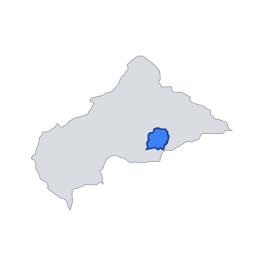 location of Bakouma, Mbomou, Central African Republic, rotated 348°
{"feature_id": "33826404B59000496677715", "entity_name": "Bakouma", "entity_type": "district", "adm_level": 2, "iso_a3": "CAF", "parent_name": "Central African Republic", "parent_adm1": "Mbomou", "projection": "mercator", "projection_center": [22.809, 5.544], "detail": "fine", "context": "in_parent", "style": "filled", "palette": "blue", "viewbox_px": 256, "rotation_deg": 348, "n_neighbors": 0, "source": "geoboundaries", "source_scale": "gbopen_adm2", "svg_char_len": 5597}
<svg xmlns="http://www.w3.org/2000/svg" viewBox="0 0 256 256"><g transform="rotate(348 128 128)"><path d="M176.6,96.1L178.9,96.7L179.3,97.4L178.6,99.7L179.1,101.1L180.4,102.3L181.7,102.9L182.9,103.2L187.3,103.9L189.1,104.8L191.5,107.5L194.5,109.9L195.2,111.2L195.1,112.4L194.2,113.9L194.3,114.4L195.7,115.9L197.3,117.4L200.2,119.0L205.2,121.6L207.4,123.3L208.2,124.6L209.5,126.0L211.3,127.3L212.5,128.3L211.7,131.1L211.9,132.0L212.4,132.8L213.4,133.9L213.8,135.3L214.9,137.1L216.1,137.9L218.1,138.2L219.2,139.0L221.5,140.5L223.7,141.7L224.6,142.5L225.2,143.3L225.7,144.1L225.9,145.0L226.0,146.9L226.4,149.3L227.6,150.9L228.7,152.1L224.2,150.7L223.5,150.7L222.7,150.9L220.4,152.6L219.6,152.8L216.7,152.5L209.6,151.1L204.1,149.8L202.4,149.4L199.5,148.9L197.6,149.8L195.8,152.8L195.2,153.4L192.4,154.3L191.0,154.0L187.7,154.9L182.6,153.6L180.8,153.9L179.4,154.5L175.7,155.9L173.5,156.6L170.9,157.3L168.4,158.4L166.8,159.0L165.2,159.0L163.7,158.4L162.1,157.9L160.2,157.8L158.2,158.1L156.5,159.3L155.8,160.1L154.4,162.4L152.6,166.1L152.0,166.9L151.4,167.2L143.4,165.4L139.9,165.0L137.6,165.5L134.7,164.5L133.4,164.3L132.9,164.6L131.2,164.2L128.6,162.9L126.1,162.4L123.8,162.6L122.4,162.1L121.3,160.9L119.9,158.7L117.3,156.4L113.8,154.6L111.6,153.3L110.8,152.4L108.9,151.9L106.0,151.8L103.3,152.7L99.3,155.5L95.6,161.2L93.6,163.4L91.9,164.0L91.5,165.3L92.3,167.5L92.6,170.1L92.0,174.3L92.2,177.5L91.3,177.0L90.5,175.5L90.1,175.2L87.7,175.9L86.4,176.5L85.7,177.0L85.2,177.1L84.5,176.3L83.9,176.2L82.9,176.3L81.9,176.3L81.3,176.2L80.9,176.3L79.7,175.8L75.6,174.6L74.8,174.2L74.0,174.3L71.8,175.3L70.7,175.6L67.3,176.2L63.6,176.6L62.1,176.6L61.2,177.0L60.5,177.7L59.4,181.6L59.1,182.3L59.1,183.3L58.8,186.5L59.0,187.5L54.5,196.2L53.8,194.8L53.3,193.1L53.2,191.1L53.3,190.6L53.0,190.0L52.6,188.4L53.0,187.4L52.7,186.3L51.8,185.3L51.0,184.4L50.6,183.7L50.2,183.4L49.4,183.3L48.2,182.9L43.3,177.8L38.2,172.0L37.1,170.2L36.7,169.1L38.0,169.0L38.3,168.8L38.3,168.3L37.5,166.8L37.2,164.9L36.5,163.8L34.5,162.0L32.6,160.7L32.0,160.0L31.7,159.0L30.9,152.8L30.6,151.0L30.0,150.2L29.6,149.9L29.4,149.4L29.5,148.3L29.7,147.3L29.7,146.9L30.2,146.1L30.2,140.3L29.6,139.5L28.5,139.5L27.9,138.6L27.3,137.6L27.5,136.8L28.6,135.7L29.3,135.2L31.5,134.3L32.1,133.8L32.5,133.3L32.8,132.5L34.0,129.5L35.9,126.6L36.7,125.9L38.6,121.6L39.1,120.5L39.4,119.3L40.0,118.4L42.1,117.0L43.6,114.4L45.3,114.5L47.1,114.9L49.3,115.1L51.0,114.6L52.2,113.6L57.6,111.9L58.0,110.5L58.8,109.8L59.8,109.1L60.2,109.0L60.2,109.5L60.8,110.9L62.1,112.4L63.9,113.9L64.4,113.9L65.5,112.7L68.3,111.9L69.0,111.6L71.0,109.8L73.5,108.7L74.9,108.3L77.3,107.2L79.0,107.3L81.8,107.1L86.4,106.6L89.8,106.4L91.5,106.2L91.9,106.0L92.6,104.3L93.1,103.8L94.3,103.1L96.8,100.6L98.4,98.4L98.9,97.7L99.2,97.5L99.9,96.6L99.2,95.7L96.5,93.8L96.5,93.5L96.4,93.2L96.5,93.0L97.6,92.2L99.0,91.3L100.5,91.0L104.5,91.0L107.8,90.9L108.6,90.9L111.2,90.5L113.0,90.0L114.9,89.1L119.1,89.2L122.6,86.9L123.6,86.5L124.0,86.1L124.1,85.8L125.8,84.8L127.6,82.9L129.0,81.2L129.4,80.0L133.4,75.9L134.8,76.0L135.4,75.5L137.0,72.7L137.5,72.2L139.1,71.7L139.9,70.9L140.5,69.7L140.6,68.2L140.2,67.0L140.2,66.4L140.6,65.9L141.3,65.4L144.3,63.9L145.0,63.2L145.5,62.5L146.3,62.4L147.2,62.5L147.8,62.1L148.5,61.4L150.5,60.5L152.5,59.8L154.5,60.1L158.1,61.0L159.2,62.9L159.8,63.6L164.3,68.3L165.2,69.4L167.4,72.7L168.8,75.0L170.4,78.3L170.5,80.1L170.3,81.6L170.0,85.9L169.6,87.1L167.6,89.4L167.5,90.5L167.9,91.3L168.5,91.7L168.9,92.1L168.7,94.1L169.4,94.9L170.9,95.4L174.6,95.8L176.6,96.1Z" fill="#d9dde1" stroke="#a8b0b8" stroke-width="1"/><path d="M164.6,137.1L158.5,135.5L158.0,134.5L157.7,134.2L157.1,134.1L156.4,134.4L155.6,134.1L155.0,134.2L153.4,134.5L152.7,135.6L152.7,136.2L152.1,137.1L150.8,137.8L150.3,137.7L149.6,137.9L149.3,137.8L149.0,137.4L148.6,137.4L148.5,137.6L148.0,137.9L147.4,138.0L146.6,138.8L146.7,139.0L146.8,139.2L146.7,139.5L146.2,139.8L146.1,140.2L146.0,141.3L146.0,141.7L146.0,142.1L145.9,142.3L145.7,142.4L145.6,142.8L145.7,143.1L146.0,143.6L146.1,143.9L146.0,144.1L145.8,144.1L145.6,144.1L145.4,144.1L145.3,144.3L145.5,144.4L145.5,144.6L145.0,145.2L144.5,145.4L144.2,145.6L144.0,146.0L143.8,146.2L143.5,146.3L143.3,146.5L143.4,146.8L143.2,147.4L143.3,147.8L143.4,148.2L143.2,148.8L143.2,149.3L143.2,150.5L143.1,151.2L142.8,151.6L142.5,151.9L141.7,152.7L150.5,152.7L151.2,153.5L151.6,154.3L152.6,155.1L153.1,155.4L153.6,155.4L153.9,154.4L156.1,154.4L156.3,155.0L156.6,155.3L156.6,155.6L156.8,155.9L157.2,156.0L157.5,156.1L157.8,156.2L158.1,156.5L158.3,156.4L158.2,156.1L158.2,155.9L158.3,155.7L158.5,155.7L158.8,155.5L158.9,155.3L158.8,155.1L159.1,154.6L159.2,154.3L159.2,154.1L159.5,153.8L159.5,153.6L159.8,153.3L159.9,153.1L160.1,152.8L160.3,152.6L160.3,152.2L160.6,152.1L160.6,151.8L160.9,151.8L160.9,152.2L161.1,152.2L161.4,151.9L161.7,151.9L161.8,151.7L162.1,151.5L162.3,151.4L162.1,151.1L162.3,150.9L162.5,150.8L162.8,150.8L163.0,150.7L163.0,150.4L163.2,150.6L163.3,150.7L163.5,150.6L163.7,150.1L163.8,149.3L164.1,148.5L164.2,148.3L164.9,148.0L164.9,147.9L164.8,147.7L164.9,147.3L164.9,147.2L165.0,147.0L165.1,146.7L165.3,146.5L165.5,146.4L165.5,146.1L165.7,145.9L165.8,145.8L165.8,145.7L165.7,145.5L165.8,145.4L166.0,145.3L166.1,145.2L165.7,144.9L165.6,144.6L165.6,144.2L165.8,144.0L165.7,143.7L165.9,143.7L166.1,143.6L166.3,143.4L166.2,143.2L165.8,143.0L165.5,142.7L165.5,142.4L165.3,142.0L165.4,141.7L165.6,141.3L165.6,141.0L165.5,140.9L165.7,140.7L165.8,140.7L165.7,140.4L165.7,140.2L165.8,140.0L165.8,139.8L165.6,139.5L165.0,139.0L165.0,138.6L164.9,138.3L164.8,137.8L164.7,137.4L164.6,137.1Z" fill="#3b82f6" stroke="#1e3a8a" stroke-width="1.5"/></g></svg>